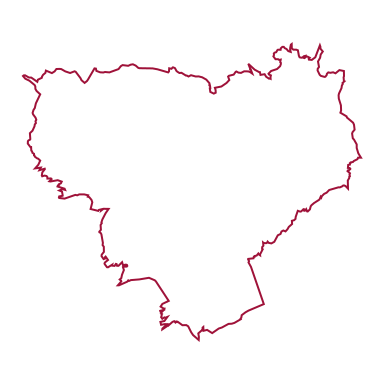 Zapotlán el Grande, Jalisco, Mexico (Albers equal-area conic projection)
{"feature_id": "50627088B58875742455013", "entity_name": "Zapotlán el Grande", "entity_type": "district", "adm_level": 2, "iso_a3": "MEX", "parent_name": "Mexico", "parent_adm1": "Jalisco", "projection": "albers", "projection_center": [-103.511, 19.698], "detail": "fine", "context": "isolated", "style": "outline", "palette": "rose", "viewbox_px": 384, "rotation_deg": 0, "n_neighbors": 0, "source": "geoboundaries", "source_scale": "gbopen_adm2", "svg_char_len": 5816}
<svg xmlns="http://www.w3.org/2000/svg" viewBox="0 0 384 384"><path d="M319.9,45.3L315.3,57.3L311.8,59.9L308.9,59.6L308.7,58.5L309.6,57.7L307.5,56.6L306.4,56.5L304.5,58.1L303.8,57.9L305.4,56.6L305.6,55.8L303.9,56.2L302.4,57.5L301.3,57.7L299.6,57.3L298.9,55.8L297.9,50.3L296.3,49.7L293.4,49.7L291.8,48.4L291.7,44.0L290.9,44.6L290.2,47.8L290.1,49.4L290.7,51.9L288.3,51.1L286.5,49.0L284.7,48.1L283.8,46.9L282.3,46.9L280.8,48.3L280.6,49.8L278.0,49.7L277.4,50.1L276.2,52.2L274.5,52.7L273.8,53.6L274.0,55.0L273.4,56.4L275.5,59.2L278.1,59.2L279.1,59.9L280.7,59.6L280.2,62.1L280.9,62.9L280.8,64.3L280.1,66.2L277.1,69.0L271.1,71.0L268.5,73.7L268.9,74.5L270.9,75.4L270.5,77.0L270.6,78.8L269.8,78.4L269.1,78.7L266.2,76.8L264.6,74.2L260.5,74.9L259.9,72.1L259.1,72.1L254.7,69.7L248.3,63.8L250.1,68.5L250.1,69.3L250.7,69.3L252.3,73.6L250.0,72.0L248.2,71.4L244.2,71.3L241.0,72.9L238.4,72.6L236.4,71.5L235.7,71.8L233.7,74.6L228.9,75.8L228.1,76.6L229.3,80.0L226.5,83.0L221.4,86.5L214.9,87.8L215.6,90.1L215.7,92.7L213.8,93.6L210.3,91.9L209.8,88.4L210.3,88.3L210.2,87.0L209.9,85.2L209.4,85.2L209.5,83.3L206.3,79.6L202.2,77.3L198.7,76.4L195.7,76.5L191.0,75.2L188.5,76.5L186.7,75.5L186.0,75.6L181.5,72.8L179.4,73.0L177.5,71.8L176.5,71.0L175.0,68.2L173.3,67.4L172.7,67.4L171.5,68.8L169.2,68.3L169.0,71.4L168.2,72.4L157.5,69.3L152.6,68.4L139.5,68.2L138.3,67.9L135.7,65.6L132.9,64.3L130.6,64.7L128.2,65.8L122.6,65.1L120.9,66.1L118.5,69.1L109.4,72.4L105.0,72.0L103.3,72.5L100.1,72.3L96.4,70.9L95.9,68.6L94.5,68.4L87.9,79.7L86.9,81.1L84.6,82.9L81.5,80.2L80.4,78.0L75.7,71.8L74.6,71.3L70.1,73.0L65.3,71.4L61.3,69.1L59.7,68.9L56.4,69.0L54.6,71.4L51.9,73.1L45.9,70.6L45.4,72.9L43.1,74.8L42.0,76.6L41.8,77.8L37.9,79.7L37.3,81.8L31.3,77.6L28.9,77.5L25.0,75.3L23.7,75.4L23.0,76.0L25.3,78.7L29.4,80.7L34.6,85.0L35.3,86.4L35.4,88.9L36.6,91.0L40.2,94.3L35.9,103.3L34.8,108.0L33.5,110.0L32.6,112.9L33.1,114.4L35.5,117.6L36.3,119.8L35.5,121.2L35.9,123.1L34.8,124.4L34.5,126.3L32.5,130.7L29.9,133.2L30.3,139.1L30.1,139.6L28.5,140.4L27.9,141.2L27.8,143.6L30.5,147.2L31.1,147.1L31.3,150.6L32.1,151.4L32.4,152.8L34.0,153.8L34.0,155.3L34.4,155.4L35.0,156.8L37.2,158.4L38.2,158.7L40.2,160.6L38.3,164.8L35.1,168.4L40.8,167.6L39.4,170.2L44.7,168.7L44.8,169.2L42.3,172.4L41.8,175.6L42.2,176.3L44.5,175.6L46.5,176.0L47.3,176.9L47.4,178.6L50.8,178.4L51.4,178.7L51.6,179.1L49.4,181.3L50.4,181.5L57.7,180.2L61.7,181.6L60.9,183.3L59.0,184.2L59.1,184.9L57.9,185.4L57.5,186.5L64.6,188.7L65.1,189.9L62.4,189.1L59.3,190.5L62.0,191.6L62.7,195.4L62.6,195.8L59.2,196.4L58.9,197.4L59.2,198.0L64.6,198.6L75.3,194.9L77.3,195.3L79.2,194.4L84.2,194.4L88.2,195.3L87.7,196.7L89.2,197.1L91.5,199.9L92.3,202.3L90.6,209.0L98.3,210.9L98.9,209.9L101.8,209.2L101.4,210.4L103.5,208.8L108.6,208.9L105.6,213.2L102.3,219.6L101.4,222.5L101.8,223.1L100.6,225.0L100.9,229.8L99.3,231.7L99.4,232.3L100.6,232.9L101.4,234.3L102.9,242.9L102.6,245.1L103.8,246.7L103.9,251.9L101.7,254.7L101.5,256.1L103.6,259.1L104.9,258.6L104.9,257.3L105.6,256.6L108.0,260.0L105.1,262.3L104.5,263.3L104.7,264.1L107.0,267.2L108.0,267.3L112.0,264.8L111.7,265.6L114.6,265.9L115.9,263.9L116.6,264.1L117.1,265.8L118.5,265.8L122.1,262.2L123.0,265.2L125.9,264.6L126.9,264.9L127.3,265.9L126.7,266.6L123.2,266.7L122.9,267.0L123.9,270.0L122.0,274.8L121.3,278.1L119.7,279.5L121.1,280.7L121.3,281.4L117.9,285.3L119.0,285.3L127.2,281.7L128.2,280.4L128.9,281.0L130.9,280.1L139.4,279.4L149.0,277.8L154.8,280.3L155.9,281.4L168.7,300.9L162.4,303.9L160.6,306.6L163.7,308.6L164.5,308.6L164.3,309.8L160.2,310.8L160.3,311.2L162.4,311.4L160.9,313.0L162.0,314.0L161.5,314.5L161.7,316.0L161.1,317.1L162.3,318.8L164.4,317.4L165.1,317.8L167.4,316.9L164.4,321.0L160.4,321.9L161.1,324.8L164.7,324.1L167.1,324.2L162.4,328.6L162.3,329.4L167.0,326.2L167.7,324.8L168.3,325.6L172.5,321.9L174.2,321.2L175.4,322.5L176.2,321.5L177.0,322.1L177.6,321.7L182.4,325.2L186.3,325.1L188.2,326.3L191.2,332.3L193.1,335.1L198.7,340.0L198.9,337.0L198.3,333.4L201.8,330.3L202.7,328.6L202.6,327.6L203.3,327.0L203.5,330.8L207.1,329.9L212.2,333.1L218.8,328.5L221.9,327.5L228.5,323.9L231.8,323.7L234.4,322.9L240.8,319.2L240.5,318.7L241.3,317.7L241.7,315.2L245.5,312.3L248.5,310.6L263.8,304.1L251.0,266.9L248.5,262.4L249.1,261.1L248.1,259.4L248.2,258.9L253.5,258.3L253.8,256.8L254.6,256.8L254.7,256.0L256.6,255.6L258.3,253.5L258.9,254.5L260.1,255.3L260.0,254.5L262.7,249.3L262.1,248.9L262.2,247.1L263.4,245.7L263.1,242.5L263.7,243.0L266.0,243.2L267.0,242.8L267.6,241.6L268.8,242.9L271.4,243.4L274.3,241.8L277.8,235.3L280.5,234.0L281.5,231.5L283.3,230.5L285.5,231.4L287.5,229.2L288.8,226.9L292.1,224.0L291.9,220.8L294.1,220.2L295.5,218.9L295.7,216.9L297.8,210.8L300.1,211.6L301.0,211.5L303.6,209.2L303.7,208.3L304.1,210.7L304.8,210.8L306.2,209.1L307.1,211.4L307.7,211.5L309.9,209.4L310.7,206.3L311.5,205.2L314.1,203.0L319.4,199.6L320.7,196.7L321.3,197.6L321.8,196.2L324.1,193.9L326.6,192.7L329.2,190.0L338.5,187.3L339.8,187.4L342.1,186.4L343.0,185.6L344.0,185.4L345.5,186.0L348.0,188.6L347.8,180.5L349.2,178.1L349.3,176.6L349.9,176.2L349.5,174.6L350.0,173.3L347.5,171.1L347.9,170.4L348.9,170.3L349.4,169.6L350.2,169.3L350.3,168.7L349.6,168.0L347.9,167.9L348.2,164.9L349.9,164.6L349.9,163.2L350.5,163.1L350.7,162.4L352.9,162.0L353.8,161.0L357.4,159.2L358.1,157.7L361.0,157.7L358.3,153.3L356.7,148.0L356.7,144.4L354.0,139.6L352.8,138.3L352.1,133.5L352.6,132.1L354.6,129.7L354.0,124.7L353.1,122.7L346.9,117.5L346.6,116.4L340.4,112.7L341.1,110.5L340.9,105.3L338.8,98.6L338.6,95.2L339.0,93.5L341.5,88.1L341.9,85.5L342.8,83.9L342.5,83.0L344.4,81.3L343.9,81.1L343.6,77.3L344.0,76.2L343.9,71.0L339.4,70.1L335.5,73.3L333.1,72.3L330.4,72.8L328.3,72.4L326.9,73.8L326.7,75.0L325.4,76.7L324.6,76.9L320.9,75.9L319.7,74.8L317.6,70.5L317.7,68.8L319.0,67.0L318.0,61.5L320.1,57.8L320.7,54.5L322.8,51.5L320.4,48.6L320.4,46.7L319.9,45.3Z" fill="none" stroke="#9f1239" stroke-width="2"/></svg>